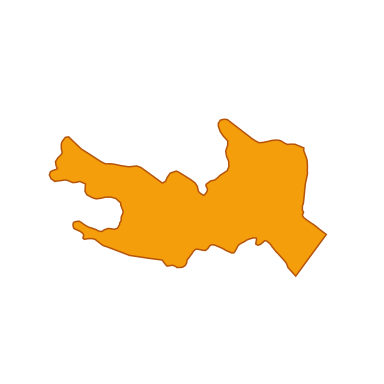 Kapit, Sarawak, Malaysia (Albers equal-area conic projection), rotated 218°
{"feature_id": "92858781B45914425263200", "entity_name": "Kapit", "entity_type": "district", "adm_level": 2, "iso_a3": "MYS", "parent_name": "Malaysia", "parent_adm1": "Sarawak", "projection": "albers", "projection_center": [113.189, 2.18], "detail": "fine", "context": "isolated", "style": "filled", "palette": "amber", "viewbox_px": 384, "rotation_deg": 218, "n_neighbors": 0, "source": "geoboundaries", "source_scale": "gbopen_adm2", "svg_char_len": 2892}
<svg xmlns="http://www.w3.org/2000/svg" viewBox="0 0 384 384"><g transform="rotate(218 192 192)"><path d="M131.0,295.6L140.3,293.0L143.4,290.7L146.2,288.2L149.6,287.4L153.2,287.1L155.9,286.0L158.1,284.3L160.9,281.7L163.3,278.6L166.7,274.6L169.7,272.0L174.2,271.3L177.7,271.0L208.8,270.8L211.6,269.0L213.9,266.1L213.6,262.4L211.8,260.1L207.0,257.0L202.0,255.4L195.2,254.2L192.7,250.8L190.6,244.9L186.5,241.2L182.2,238.9L178.5,234.6L177.4,230.5L179.1,225.3L180.1,222.6L180.8,218.0L181.6,215.2L184.2,212.2L185.6,206.8L184.9,205.5L181.7,204.0L180.5,201.7L180.3,198.0L180.9,196.4L184.6,196.1L187.5,196.5L189.3,198.1L191.2,199.7L195.0,201.0L200.2,201.0L214.5,199.5L217.3,198.8L220.8,193.4L220.5,188.1L219.4,184.1L220.9,180.8L247.3,179.9L251.7,178.4L254.1,176.0L257.4,172.9L263.5,169.4L270.0,166.2L273.3,164.3L277.6,160.9L282.2,159.9L300.3,158.3L305.3,157.7L311.4,158.3L323.2,159.5L324.1,158.5L325.4,157.2L325.5,152.6L324.7,149.6L321.7,145.7L318.5,143.2L318.1,140.6L318.7,136.4L318.3,131.9L315.1,128.9L312.6,127.8L312.9,126.2L315.1,123.0L316.0,120.7L314.9,117.6L311.2,115.7L306.8,115.8L302.6,120.0L299.4,123.4L296.7,124.7L291.7,126.0L289.3,128.2L286.8,131.3L280.9,132.8L279.1,130.1L276.7,126.6L273.0,125.1L267.2,126.1L263.4,127.5L260.2,130.7L256.7,135.0L252.5,138.2L247.9,140.0L241.5,139.5L240.2,137.9L234.7,134.6L233.5,133.1L232.8,130.4L232.1,128.2L230.2,125.9L229.9,123.2L229.0,121.6L228.4,117.6L230.3,114.7L233.1,113.3L235.7,111.6L237.9,108.1L238.6,105.6L241.0,103.9L243.9,103.4L248.2,102.1L251.9,100.6L257.0,99.9L259.5,99.9L262.7,99.6L263.3,99.2L263.9,98.7L265.3,97.2L266.4,95.6L266.4,94.3L265.8,93.2L264.9,92.1L262.8,90.6L261.2,90.8L256.0,92.1L253.2,92.2L251.5,91.8L250.4,90.7L249.7,88.6L247.7,88.4L246.3,90.1L244.1,92.2L241.3,94.2L239.0,95.0L235.3,95.0L229.7,95.0L227.7,95.5L225.5,96.4L202.1,103.6L184.5,113.6L173.7,120.0L167.2,118.3L166.0,118.3L164.7,119.7L162.3,122.3L159.4,123.2L157.4,123.2L154.1,125.9L153.1,127.1L152.6,128.4L152.1,130.0L152.5,132.7L153.2,133.9L154.0,135.5L154.0,137.7L154.0,139.4L154.1,140.7L154.1,143.4L154.4,145.4L154.3,147.0L154.0,148.9L152.7,150.2L149.8,151.7L147.5,152.8L145.3,154.3L144.7,157.3L144.9,160.6L144.0,162.7L141.0,164.3L133.0,166.4L129.6,166.8L126.6,167.5L123.3,168.4L121.6,169.7L121.6,171.9L122.0,174.7L122.7,178.0L122.4,179.8L121.7,181.9L120.2,185.0L119.3,187.8L117.6,190.6L115.2,193.8L113.1,195.2L112.0,194.5L110.9,192.3L109.8,190.3L107.4,190.6L105.9,192.7L105.1,195.9L104.8,198.4L102.9,199.3L100.4,199.3L97.5,199.0L95.7,198.3L92.7,197.6L89.4,196.8L85.7,196.3L82.3,195.7L79.5,195.2L76.6,194.7L73.6,193.9L69.7,191.5L58.5,189.6L60.0,241.2L68.9,241.1L71.6,241.2L74.8,241.2L79.4,240.9L83.7,240.6L88.0,240.6L90.1,241.2L90.9,242.1L91.6,244.7L93.9,245.7L96.5,249.1L97.0,251.1L98.2,253.2L107.7,268.2L112.0,277.1L114.7,280.4L117.0,283.5L120.5,287.6L123.7,289.9L126.3,291.5L129.4,293.3L131.0,295.6Z" fill="#f59e0b" stroke="#b45309" stroke-width="1.5"/></g></svg>